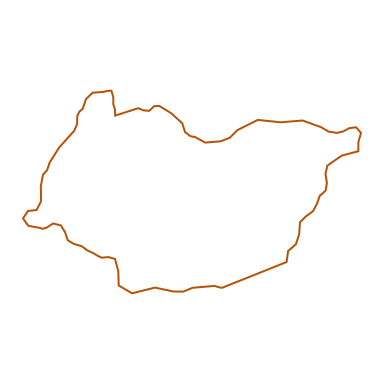 an SVG outline of Imereti
{"feature_id": "GEO-3030", "entity_name": "Imereti", "entity_type": "Region", "adm_level": 1, "iso_a3": "GEO", "parent_name": "Georgia", "parent_adm1": "", "projection": "equal_earth", "projection_center": [42.964, 42.165], "detail": "fine", "context": "isolated", "style": "outline", "palette": "amber", "viewbox_px": 384, "rotation_deg": 0, "n_neighbors": 0, "source": "natural_earth", "source_scale": "10m", "svg_char_len": 1256}
<svg xmlns="http://www.w3.org/2000/svg" viewBox="0 0 384 384"><path d="M356.1,127.3L361.0,132.9L358.4,142.0L358.3,151.2L341.8,155.6L331.6,162.6L327.3,165.7L326.6,169.0L325.5,174.0L326.9,183.0L325.7,190.4L324.6,191.5L324.4,191.7L323.1,193.0L319.8,195.7L316.9,203.9L313.0,211.2L306.0,216.3L300.0,222.2L299.2,234.1L295.9,244.3L288.1,251.0L286.6,262.0L222.0,287.8L218.4,287.2L214.7,285.9L192.5,287.8L183.3,291.6L173.5,291.5L154.9,287.6L132.1,293.3L118.7,285.5L118.3,271.2L115.0,258.9L108.5,257.1L101.6,257.7L97.3,255.6L93.2,253.1L87.2,250.3L81.7,246.2L74.0,244.0L67.8,240.3L65.0,232.1L60.8,225.4L53.1,223.5L46.5,227.7L42.9,228.8L39.0,227.7L28.3,225.8L23.0,218.4L28.0,211.0L36.6,210.0L41.1,201.2L40.8,186.4L43.0,174.7L47.1,170.1L49.6,162.7L59.0,147.7L74.2,130.8L77.1,124.2L77.3,116.0L79.4,111.6L82.7,108.8L86.0,99.1L92.6,92.7L103.4,91.9L107.3,90.9L111.4,90.7L113.3,97.2L113.3,104.3L115.0,109.6L115.2,115.6L138.2,108.2L143.7,110.4L149.3,110.8L154.1,106.2L159.4,106.0L171.3,113.3L182.2,123.2L185.0,132.0L190.4,136.2L195.0,137.0L205.2,142.6L220.7,141.3L229.8,137.7L237.3,130.2L257.8,119.9L280.6,122.3L302.6,120.5L316.1,125.4L316.5,125.5L321.0,127.1L328.6,131.6L337.0,132.9L343.3,131.4L349.2,128.2L356.1,127.3Z" fill="none" stroke="#b45309" stroke-width="2"/></svg>